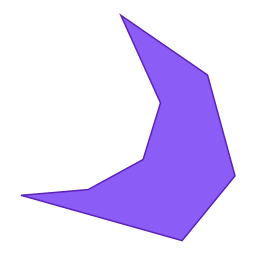 the state/province of Wake Atoll
{"feature_id": "UMI-5179", "entity_name": "Wake Atoll", "entity_type": "state/province", "adm_level": 1, "iso_a3": "UMI", "parent_name": "United States Minor Outlying Islands", "parent_adm1": "", "projection": "robinson", "projection_center": [166.636, 19.291], "detail": "fine", "context": "isolated", "style": "filled", "palette": "violet", "viewbox_px": 256, "rotation_deg": 0, "n_neighbors": 0, "source": "natural_earth", "source_scale": "10m", "svg_char_len": 235}
<svg xmlns="http://www.w3.org/2000/svg" viewBox="0 0 256 256"><path d="M21.0,195.3L88.1,189.6L143.1,159.5L160.5,102.9L120.9,15.4L207.5,75.0L235.0,175.9L182.1,240.6L21.0,195.3Z" fill="#8b5cf6" stroke="#5b21b6" stroke-width="1.5"/></svg>